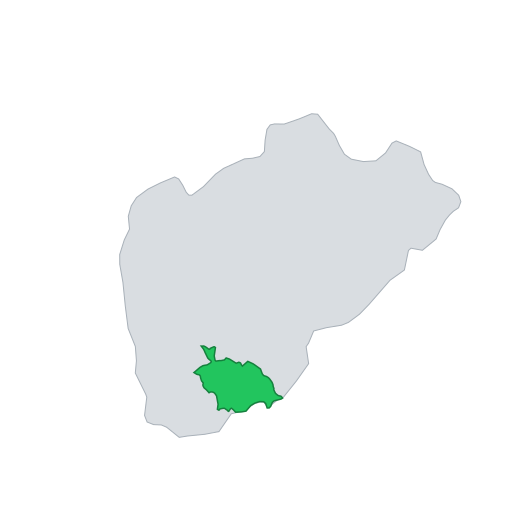 where Chhukha sits in Bhutan, rotated 318°
{"feature_id": "BTN-2433", "entity_name": "Chhukha", "entity_type": "District", "adm_level": 1, "iso_a3": "BTN", "parent_name": "Bhutan", "parent_adm1": "", "projection": "equal_earth", "projection_center": [89.524, 27.004], "detail": "fine", "context": "in_parent", "style": "filled", "palette": "green", "viewbox_px": 512, "rotation_deg": 318, "n_neighbors": 0, "source": "natural_earth", "source_scale": "10m", "svg_char_len": 2909}
<svg xmlns="http://www.w3.org/2000/svg" viewBox="0 0 512 512"><g transform="rotate(318 256 256)"><path d="M395.7,216.9L395.0,220.3L391.9,229.6L389.8,239.6L391.6,247.8L399.0,257.7L408.8,265.5L421.2,266.1L432.6,263.1L437.2,264.3L443.5,277.4L448.0,288.8L442.1,300.5L438.9,310.8L437.8,318.1L438.5,321.3L442.3,327.2L446.6,337.2L447.3,346.5L444.6,352.7L438.8,355.7L432.5,354.8L427.3,355.0L420.8,356.0L410.6,359.5L401.2,363.9L383.5,363.1L376.4,353.9L373.0,353.9L356.9,365.7L339.4,363.7L307.4,367.6L294.0,368.5L280.3,367.2L273.3,364.7L260.4,356.4L248.7,350.3L236.8,355.9L232.6,356.9L223.1,371.2L202.4,375.9L181.8,379.3L175.7,377.4L164.1,376.6L163.6,373.2L164.0,370.0L161.3,367.4L156.6,364.8L148.5,363.7L138.1,360.1L132.1,356.7L111.0,361.7L98.6,354.2L84.6,343.9L77.6,339.4L75.0,323.4L72.6,318.2L67.1,312.8L64.0,306.5L66.5,299.9L80.4,287.8L81.6,284.9L88.0,262.2L97.0,253.9L105.8,242.5L112.5,224.3L125.4,205.7L139.5,186.5L149.2,171.0L155.7,163.7L168.9,155.9L180.0,151.4L187.7,141.0L196.9,135.2L206.4,132.6L220.5,134.0L233.8,137.7L248.4,142.8L250.1,147.0L248.9,154.4L246.8,161.9L246.8,165.8L249.0,167.9L263.3,169.3L280.7,168.1L290.6,169.2L312.4,176.1L318.8,181.0L325.5,184.7L332.1,184.0L340.3,176.0L348.9,169.2L354.3,168.1L358.2,170.3L365.2,176.8L379.6,182.9L392.5,187.5L396.7,191.9L395.4,210.6L395.7,216.9Z" fill="#d9dde1" stroke="#a8b0b8" stroke-width="1"/><path d="M180.7,379.4L178.9,379.1L172.7,375.8L170.2,375.7L166.2,377.6L164.1,377.7L162.6,376.4L164.5,372.1L164.2,369.4L161.3,366.6L156.8,364.6L152.0,363.6L144.8,364.6L140.8,362.1L136.3,358.4L136.3,355.1L135.9,352.7L135.3,352.5L134.4,352.5L132.0,353.2L131.5,353.0L131.4,352.6L131.5,352.1L131.5,351.4L131.2,350.5L130.7,348.1L129.8,347.3L127.4,345.8L126.8,345.5L126.3,345.6L126.0,345.8L125.4,345.8L125.1,345.5L124.7,344.1L128.6,340.8L133.1,333.5L133.5,330.2L133.3,329.4L132.8,328.2L132.2,327.5L131.6,326.9L131.0,326.5L129.6,326.2L129.6,322.3L129.2,319.3L129.6,317.5L130.2,316.3L131.8,315.1L132.0,312.3L133.2,309.6L134.3,307.9L134.4,306.8L134.1,306.0L133.3,305.0L132.8,304.2L131.9,301.1L139.9,301.3L143.2,302.0L144.6,302.8L146.6,304.1L147.6,304.4L151.1,305.0L152.2,304.4L152.3,304.0L152.3,303.5L152.3,303.0L152.1,302.5L152.0,301.9L151.9,300.8L151.9,299.5L153.6,293.6L154.3,291.6L154.7,290.1L155.0,286.3L157.0,288.0L157.7,289.7L158.1,291.4L158.5,293.5L158.9,294.1L159.4,294.3L160.2,294.0L163.8,295.2L164.4,295.7L164.6,296.9L158.1,302.3L155.8,306.1L155.9,307.3L158.9,309.3L160.1,310.4L163.0,312.1L165.6,311.8L167.3,314.8L169.5,322.4L172.2,323.5L172.9,325.1L172.7,326.0L172.4,326.7L172.2,328.7L179.4,328.8L181.7,334.2L182.2,336.2L183.7,343.0L181.8,347.8L181.7,349.8L181.9,350.4L183.2,352.6L183.8,354.7L183.9,356.2L183.7,358.2L183.5,360.1L183.2,361.2L182.5,363.0L182.2,363.5L181.6,364.2L180.7,366.4L179.7,367.3L178.6,371.0L179.0,374.2L179.9,375.8L180.6,376.6L180.8,377.2L180.8,378.8L180.7,379.4L180.7,379.4Z" fill="#22c55e" stroke="#15803d" stroke-width="1.5"/></g></svg>